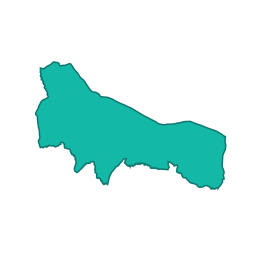 Sangkhom, Nong Khai, Thailand (Robinson projection), rotated 341°
{"feature_id": "78962969B79910801110812", "entity_name": "Sangkhom", "entity_type": "district", "adm_level": 2, "iso_a3": "THA", "parent_name": "Thailand", "parent_adm1": "Nong Khai", "projection": "robinson", "projection_center": [102.176, 18.069], "detail": "fine", "context": "isolated", "style": "filled", "palette": "teal", "viewbox_px": 256, "rotation_deg": 341, "n_neighbors": 0, "source": "geoboundaries", "source_scale": "gbopen_adm2", "svg_char_len": 5763}
<svg xmlns="http://www.w3.org/2000/svg" viewBox="0 0 256 256"><g transform="rotate(341 128 128)"><path d="M193.3,214.6L194.0,213.9L197.3,212.0L199.8,209.8L200.1,209.1L200.5,207.4L202.4,207.5L202.6,204.8L203.1,203.1L204.2,201.8L204.5,201.0L204.4,200.0L204.7,199.1L204.6,197.5L204.4,196.3L205.1,193.5L208.6,184.9L210.2,183.0L212.7,180.4L213.8,178.5L215.0,175.4L215.2,172.7L215.4,172.1L217.3,167.8L216.1,166.8L215.5,166.0L214.9,164.8L210.5,159.7L202.9,153.7L197.5,149.0L192.8,145.4L189.0,142.0L183.8,140.4L180.9,140.0L179.4,140.1L176.8,139.5L172.9,139.1L169.2,138.2L166.5,137.2L163.8,137.0L160.2,135.2L158.6,134.1L157.2,132.7L156.4,131.3L146.9,121.5L137.1,109.8L135.4,108.4L132.0,105.0L128.7,102.1L125.1,98.5L122.6,95.6L119.2,92.8L117.9,92.0L113.5,90.1L112.2,89.1L111.9,88.2L111.9,87.2L110.5,85.1L109.6,84.2L106.5,82.3L105.6,81.5L104.4,79.0L101.8,69.0L100.9,67.0L99.5,65.2L98.5,60.6L97.6,58.0L96.8,56.7L96.5,55.8L95.4,51.0L94.6,48.7L93.8,48.2L91.7,48.1L89.8,48.3L88.3,48.1L86.6,47.5L84.4,47.3L83.8,46.9L83.9,45.0L83.5,44.1L82.9,43.3L82.0,42.8L81.2,42.7L80.6,42.1L79.5,41.4L77.7,41.7L76.1,42.6L74.8,42.9L70.7,43.5L68.5,44.5L67.7,44.5L66.9,44.2L64.7,42.8L63.6,46.2L63.2,46.8L63.5,48.4L63.3,49.0L63.0,49.0L62.8,49.7L62.3,49.9L62.2,50.6L62.4,51.1L62.3,51.9L62.7,52.1L62.5,52.4L62.8,53.2L62.3,53.4L62.3,53.6L62.0,53.8L62.1,54.1L61.9,54.2L62.6,54.7L62.8,55.4L62.7,56.0L62.9,56.3L63.2,56.4L63.3,56.6L63.0,57.2L62.4,57.5L62.6,57.9L62.4,58.4L62.7,58.8L62.5,59.3L63.1,59.6L63.2,60.0L63.2,61.6L62.9,61.9L62.4,61.9L62.4,62.2L62.1,62.4L62.0,62.9L62.0,63.1L63.0,64.3L62.8,64.5L62.7,65.0L62.9,65.2L62.8,65.5L63.3,67.4L63.0,68.7L63.3,69.4L63.1,69.6L62.5,69.9L62.7,70.3L62.5,71.0L62.8,71.6L62.7,72.1L62.8,72.6L62.5,73.1L59.2,73.7L56.4,73.9L54.9,74.5L53.8,75.3L52.5,76.8L50.5,78.5L49.4,80.4L47.6,81.8L45.5,84.0L45.1,85.3L45.8,86.2L46.0,86.8L46.0,87.6L44.7,92.6L43.6,97.9L43.4,101.3L42.1,105.5L41.5,108.6L40.9,109.5L39.6,110.4L38.9,111.5L38.7,118.0L40.1,117.9L41.3,119.1L41.9,118.6L43.0,118.5L43.6,118.8L44.5,118.6L44.8,119.6L45.1,119.7L45.6,119.0L46.4,118.9L46.8,119.2L47.3,118.7L47.6,119.0L48.4,119.1L48.8,119.5L49.9,120.1L51.6,120.3L52.5,121.6L53.3,122.3L54.5,122.0L56.0,122.2L57.7,121.5L59.2,121.5L59.3,121.2L59.4,120.2L59.9,119.9L60.3,119.9L61.2,120.2L61.9,120.7L62.0,122.1L62.7,122.5L62.8,122.7L62.5,123.4L61.9,124.1L61.8,124.7L62.0,125.4L61.6,125.8L61.6,126.1L63.2,127.3L66.0,129.1L66.2,129.7L65.9,131.0L66.2,131.5L65.9,132.3L66.3,133.5L66.0,134.2L66.5,134.5L66.8,135.2L67.4,135.2L67.6,136.6L68.2,136.3L68.5,136.9L68.3,137.7L68.5,139.6L67.8,140.1L67.7,140.9L68.3,141.5L68.1,142.0L68.0,142.9L67.7,143.2L67.8,144.1L67.3,144.4L67.3,144.8L66.7,145.1L66.6,145.5L64.2,148.6L63.8,149.8L63.7,151.1L63.9,151.6L64.8,153.2L65.4,153.5L66.5,153.3L67.9,152.6L68.2,152.2L69.0,152.1L69.6,151.6L70.7,151.4L70.9,151.1L71.6,150.9L72.1,150.4L72.8,150.3L73.2,149.9L73.6,149.9L73.8,149.4L74.5,149.2L74.9,148.8L75.3,148.8L75.7,148.4L76.2,148.7L76.7,148.1L77.0,148.2L77.6,148.0L78.2,148.2L78.5,148.5L78.9,148.3L80.1,148.8L81.1,148.6L81.4,147.9L81.7,147.8L82.7,148.3L83.4,148.0L83.7,148.1L84.0,148.7L84.8,149.3L84.6,150.2L84.7,150.4L84.1,151.5L84.3,152.4L84.7,153.0L84.7,153.6L84.5,153.9L84.3,154.8L84.1,154.7L83.7,155.1L83.7,155.8L82.9,156.5L83.0,157.1L83.4,157.5L82.9,157.9L82.8,158.8L82.5,159.2L82.5,159.7L83.2,160.1L83.4,160.7L83.3,161.0L83.5,161.4L83.3,162.1L83.0,162.3L83.1,162.5L82.9,162.8L82.8,163.5L82.2,164.3L82.3,165.0L82.5,165.3L83.5,165.7L84.0,165.7L84.0,166.1L84.3,166.3L84.5,166.1L84.8,166.2L85.2,166.6L85.2,166.8L85.4,167.6L85.1,169.0L85.4,169.5L85.8,169.5L85.9,171.1L86.4,171.1L86.5,171.3L86.1,172.2L86.6,173.4L87.0,173.5L87.3,173.3L87.5,173.5L88.1,173.1L88.8,173.6L89.1,173.4L89.0,173.1L89.7,173.2L90.3,173.8L90.1,174.5L90.3,174.8L94.5,168.2L97.7,164.9L104.2,160.8L105.6,160.7L106.5,160.5L108.5,159.0L111.3,157.6L113.6,155.9L114.0,155.8L115.8,156.1L116.2,156.5L115.8,157.4L115.2,157.4L114.9,157.7L114.9,158.2L114.5,158.5L114.4,158.9L113.9,159.1L113.7,159.4L113.7,159.7L113.4,160.0L114.0,160.7L114.0,161.0L114.3,161.2L114.6,161.7L114.8,162.7L115.5,163.8L116.1,163.9L116.5,164.5L117.0,164.3L116.9,163.9L117.0,163.8L117.1,164.2L117.5,164.5L117.5,165.0L117.8,164.5L118.3,164.8L118.6,164.6L118.7,164.8L119.3,164.6L119.8,165.3L120.2,165.1L120.6,165.7L121.7,165.3L122.2,165.5L122.6,165.1L122.8,164.5L123.2,164.4L123.3,164.8L123.5,164.8L123.7,164.7L123.7,164.4L124.1,164.4L124.5,164.2L124.7,164.9L125.0,164.9L125.8,165.7L126.0,165.7L126.2,165.4L126.6,165.7L126.8,165.2L127.4,165.7L127.6,165.1L128.1,165.6L128.3,166.1L129.2,165.5L129.9,166.3L131.0,166.3L131.4,167.1L131.3,167.5L131.7,167.4L131.4,167.8L131.5,168.4L132.1,168.5L132.5,168.0L133.0,167.9L133.1,168.5L134.1,168.8L134.3,169.0L134.1,169.5L134.3,170.0L135.7,170.2L136.2,170.7L136.3,172.0L136.6,172.4L136.4,173.0L136.5,173.5L137.8,173.7L138.0,173.5L138.3,174.1L138.6,174.0L138.8,174.2L139.3,174.4L139.6,174.7L139.8,174.5L140.2,174.5L140.5,174.8L140.8,174.6L141.9,175.7L142.3,175.6L142.3,176.0L142.7,176.1L142.7,176.4L143.5,176.7L144.0,177.3L145.7,177.3L146.2,177.8L152.2,180.4L152.7,179.6L154.1,178.6L154.1,175.7L155.0,172.9L157.8,175.3L158.4,176.8L159.5,177.7L159.2,178.9L160.0,179.0L162.0,178.8L162.3,179.0L162.4,180.4L160.5,183.4L160.4,184.4L159.9,184.9L160.0,185.8L162.2,187.8L162.9,187.7L163.4,188.1L163.9,189.9L163.6,190.5L163.8,190.8L163.8,192.2L164.3,192.6L164.7,193.4L166.0,193.6L166.5,194.2L167.2,196.3L167.9,197.2L168.7,199.5L169.3,200.2L172.5,202.3L174.5,203.9L174.7,204.2L174.7,205.2L175.1,206.1L176.5,207.4L179.0,208.0L182.1,207.6L183.2,207.8L186.2,210.3L186.3,211.5L186.8,212.8L187.5,212.7L188.1,212.1L188.4,212.3L188.4,212.9L188.5,213.2L189.2,213.2L189.8,213.9L190.2,214.0L190.7,213.7L191.2,213.8L191.8,213.5L192.5,213.6L193.0,213.5L193.3,213.8L193.3,214.6Z" fill="#14b8a6" stroke="#0f766e" stroke-width="1.5"/></g></svg>